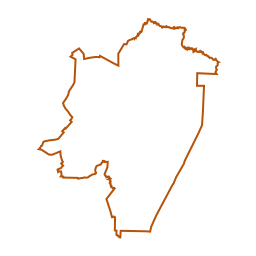 South Cotabato, South Cotabato, Philippines, rotated 272°
{"feature_id": "2640588B59746130391756", "entity_name": "South Cotabato", "entity_type": "district", "adm_level": 2, "iso_a3": "PHL", "parent_name": "Philippines", "parent_adm1": "South Cotabato", "projection": "orthographic", "projection_center": [125.136, 6.312], "detail": "fine", "context": "isolated", "style": "outline", "palette": "amber", "viewbox_px": 256, "rotation_deg": 272, "n_neighbors": 0, "source": "geoboundaries", "source_scale": "gbopen_adm2", "svg_char_len": 5698}
<svg xmlns="http://www.w3.org/2000/svg" viewBox="0 0 256 256"><g transform="rotate(272 128 128)"><path d="M197.3,68.1L194.8,73.2L171.8,72.9L168.8,71.5L162.8,67.8L159.1,67.1L155.5,65.3L150.7,62.2L148.1,63.1L145.3,64.8L142.1,67.7L138.9,69.9L136.9,72.0L135.0,71.1L133.6,69.9L132.2,71.5L125.3,65.8L125.8,65.2L122.4,62.4L121.3,63.9L114.7,58.7L113.9,56.2L112.9,49.9L111.9,45.4L111.2,44.0L107.4,42.7L107.1,41.8L104.4,40.5L103.7,39.7L103.2,42.5L98.7,49.9L98.6,53.1L99.7,55.4L100.5,57.4L101.7,59.7L102.3,61.2L97.8,61.7L92.8,63.4L92.0,64.1L90.9,63.6L90.2,62.5L88.1,64.5L87.0,63.2L85.9,62.7L85.3,62.1L84.7,59.9L83.8,59.7L83.7,59.1L81.6,59.7L82.1,60.3L82.2,62.6L80.1,63.1L78.0,63.2L77.8,62.8L77.2,62.5L77.2,65.0L76.2,65.0L76.4,79.5L75.7,79.8L75.6,80.3L76.2,82.3L76.6,84.9L77.1,86.0L76.9,88.2L77.3,89.8L78.7,91.4L80.2,94.0L81.0,96.6L81.5,97.5L82.2,97.6L83.0,97.2L82.7,97.1L84.2,96.7L86.4,96.9L88.0,97.5L88.8,97.9L89.5,99.2L90.6,102.0L91.1,102.5L92.5,103.0L93.1,104.0L94.3,104.0L94.2,105.4L93.4,105.3L93.2,105.7L93.5,108.9L88.0,108.8L81.0,106.2L80.6,106.3L80.2,106.5L79.8,107.1L79.0,107.3L78.7,107.7L78.7,108.3L78.1,108.3L78.4,108.9L78.4,109.4L78.7,109.9L78.8,110.6L78.3,110.9L77.8,110.7L77.3,111.5L77.2,110.8L76.6,110.8L76.2,110.3L76.2,111.3L75.8,111.2L75.3,112.3L74.4,112.3L74.1,112.5L73.6,112.5L73.3,112.1L73.4,111.8L72.7,111.6L72.5,112.0L71.9,112.0L71.7,112.5L70.8,112.5L70.5,112.8L69.9,112.8L69.6,113.4L69.4,113.3L69.3,112.9L68.8,113.0L68.1,113.5L67.9,114.6L67.4,114.9L67.6,115.2L67.5,115.6L67.7,116.1L67.6,116.5L67.2,116.8L56.3,108.9L43.5,113.6L38.3,115.1L38.4,115.7L39.0,116.8L38.5,117.2L38.3,118.2L25.4,118.4L24.9,119.1L25.0,120.1L20.7,120.2L20.3,120.8L20.4,121.5L20.0,121.7L19.6,122.2L19.1,122.4L18.9,123.3L18.5,123.4L18.4,124.1L25.0,124.3L25.4,150.1L25.2,153.7L30.3,154.7L41.4,159.2L71.8,174.0L74.5,175.6L80.5,177.8L94.4,185.2L96.0,185.5L97.5,186.0L125.7,198.8L133.4,201.9L147.4,202.3L172.8,202.5L172.6,195.5L185.2,195.3L185.0,214.7L186.6,213.5L187.9,213.8L189.2,214.8L190.0,214.3L191.5,213.8L192.7,214.1L193.0,214.6L193.8,215.4L194.7,215.5L195.8,215.3L196.7,215.9L196.9,216.3L197.2,215.6L198.9,213.9L199.0,213.6L199.4,213.5L199.1,213.2L199.4,213.3L199.2,213.1L199.5,212.5L199.4,212.3L199.5,212.3L199.3,212.1L199.3,210.6L199.8,210.3L199.7,210.0L199.9,210.2L201.0,209.1L201.2,208.3L200.9,207.4L201.2,207.2L201.4,207.3L201.1,207.1L201.5,206.7L201.4,206.9L201.4,207.0L201.6,206.6L201.6,206.2L202.5,205.8L203.0,204.9L203.1,204.4L203.3,204.5L203.0,204.3L203.4,204.4L203.2,204.3L203.4,204.1L203.7,203.9L203.5,203.7L203.6,203.2L203.9,203.3L203.6,203.2L203.7,202.1L204.6,201.2L205.3,200.9L205.3,200.6L206.2,200.3L206.1,200.0L206.3,199.7L205.9,199.7L206.3,199.7L206.0,199.6L206.3,199.5L206.2,199.2L206.6,198.8L206.4,198.8L206.6,198.3L206.6,197.8L206.8,197.8L206.8,198.3L206.9,198.1L207.0,197.6L206.8,197.6L206.6,196.9L207.1,196.8L206.9,196.6L206.6,196.8L206.6,196.5L206.8,196.4L206.6,196.4L206.5,196.2L206.5,195.9L206.6,195.4L206.5,194.7L206.7,194.4L206.9,194.5L206.8,194.4L207.1,194.6L206.9,194.3L207.8,193.6L207.8,193.3L207.5,193.2L207.9,193.2L207.5,193.1L207.5,192.9L207.5,192.7L207.9,192.7L207.6,192.5L208.0,192.6L207.7,192.3L208.1,192.4L207.9,192.3L208.1,192.2L207.9,192.1L208.1,192.1L208.1,191.9L207.9,191.9L207.8,191.7L208.2,191.7L207.9,191.4L208.3,191.5L208.1,191.4L208.4,191.1L208.4,190.9L208.2,190.8L208.4,190.8L208.2,190.5L208.5,190.5L208.4,190.3L208.9,190.0L209.1,189.6L209.1,189.4L209.3,189.4L209.2,189.2L209.8,188.8L209.6,188.5L209.8,188.1L209.1,187.2L209.3,187.1L209.1,187.1L209.1,186.9L209.3,186.8L209.1,186.7L209.2,186.4L209.7,186.5L209.4,186.4L209.4,186.1L209.7,186.3L209.9,186.2L209.4,185.7L209.8,185.7L209.7,185.8L209.9,185.9L210.1,185.5L209.7,185.3L210.2,185.3L210.1,185.0L209.8,185.0L210.0,184.9L209.7,185.0L209.7,184.8L209.4,184.6L209.6,184.2L209.3,184.4L209.4,184.2L209.1,183.8L209.3,183.6L209.1,183.6L209.3,183.4L209.0,183.4L209.0,183.1L209.0,182.8L209.3,182.4L210.9,181.6L210.3,181.1L210.4,180.9L212.2,179.3L213.2,178.9L214.2,178.8L218.2,179.4L219.4,180.4L220.9,180.7L222.1,180.5L222.5,180.2L222.9,180.4L223.3,180.0L224.3,180.0L224.5,179.8L224.7,180.0L224.9,180.6L225.6,180.8L226.1,181.5L227.6,181.3L227.7,181.5L227.8,181.2L228.5,181.1L228.9,181.4L229.0,181.9L229.6,181.5L230.1,180.9L230.2,179.6L229.9,178.5L230.6,176.5L230.4,175.7L229.6,175.2L229.5,174.9L230.3,174.3L230.4,173.9L230.1,173.7L229.5,173.7L229.5,173.3L229.7,173.0L228.9,171.5L229.2,171.2L230.5,170.9L230.6,170.6L230.4,170.3L229.1,170.3L228.8,169.9L229.2,169.1L229.4,167.2L229.7,166.7L229.7,165.9L230.4,165.3L230.1,164.4L231.1,162.7L230.9,162.4L230.1,162.4L230.1,161.6L230.7,159.9L230.5,159.5L229.7,159.3L229.5,158.7L230.9,157.7L230.9,156.6L231.2,156.1L232.1,155.2L232.7,155.0L232.4,153.7L233.4,153.8L233.4,152.4L234.5,152.1L235.0,151.3L234.9,151.1L234.2,151.0L233.8,150.5L233.7,150.2L234.3,150.1L235.2,148.9L235.0,148.4L235.0,147.7L236.3,146.6L237.2,146.4L237.1,145.5L237.6,144.9L237.6,144.3L236.0,144.2L235.5,143.6L234.4,143.6L233.5,143.3L233.7,143.0L233.5,142.6L233.5,141.7L233.0,141.9L233.1,141.2L232.3,141.2L232.4,140.7L231.9,140.3L232.0,139.9L225.1,138.3L225.1,137.7L224.6,137.6L224.7,137.3L224.6,137.0L224.4,137.1L224.4,136.7L223.6,136.6L223.7,136.4L223.2,136.0L222.4,135.7L222.7,135.6L222.3,135.3L222.5,135.2L222.5,134.9L221.9,135.2L221.6,135.1L221.5,134.9L220.7,134.5L220.9,134.2L220.5,134.0L220.1,134.2L219.2,132.9L218.4,132.7L218.6,132.5L218.5,132.3L218.3,132.3L217.9,131.7L218.0,131.5L217.7,131.4L217.9,131.3L217.8,130.1L216.9,129.3L217.0,129.0L216.8,128.8L216.0,126.6L215.1,125.0L211.5,123.6L211.8,121.2L201.9,115.7L190.0,116.2L192.3,111.0L199.1,97.5L197.8,97.2L197.9,93.4L196.8,87.0L195.4,81.8L200.5,81.1L205.8,76.3L201.1,69.6L199.2,70.1L197.3,68.1Z" fill="none" stroke="#b45309" stroke-width="2"/></g></svg>